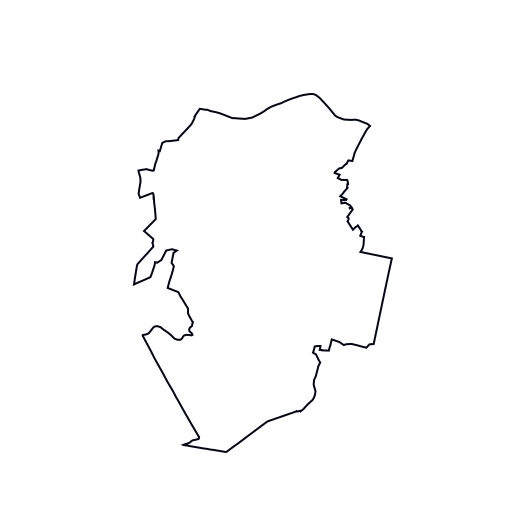 the district of Ogresgala pag., Ogre, Latvia, rotated 145°
{"feature_id": "27541924B67173140256681", "entity_name": "Ogresgala pag.", "entity_type": "district", "adm_level": 2, "iso_a3": "LVA", "parent_name": "Latvia", "parent_adm1": "Ogre", "projection": "orthographic", "projection_center": [24.724, 56.804], "detail": "fine", "context": "isolated", "style": "outline", "palette": "ink", "viewbox_px": 512, "rotation_deg": 145, "n_neighbors": 0, "source": "geoboundaries", "source_scale": "gbopen_adm2", "svg_char_len": 5808}
<svg xmlns="http://www.w3.org/2000/svg" viewBox="0 0 512 512"><g transform="rotate(145 256 256)"><path d="M311.7,105.1L310.6,104.6L309.7,104.3L308.9,104.0L308.9,103.9L308.8,103.2L307.9,103.3L305.4,103.3L303.3,103.8L301.9,104.1L300.0,104.5L298.7,104.8L297.1,105.0L294.9,105.3L293.2,105.5L292.0,105.7L290.9,106.2L289.9,106.7L288.8,107.4L287.9,108.0L287.4,108.4L286.4,109.4L285.7,110.2L284.9,111.0L284.6,111.6L284.2,112.9L282.6,117.4L282.3,117.9L281.2,119.2L280.3,120.3L279.6,121.1L275.9,123.3L274.5,124.5L272.1,126.5L270.9,127.6L269.5,128.7L268.8,129.4L268.1,130.0L264.5,131.9L264.5,133.4L264.2,135.4L263.3,140.9L263.8,142.0L264.8,144.1L264.5,144.3L262.8,145.6L260.6,147.5L259.7,148.2L257.2,146.9L254.8,145.3L257.6,142.5L256.0,141.3L256.1,140.9L250.6,136.7L247.5,139.4L247.2,139.5L246.6,140.0L241.8,144.2L237.1,137.8L236.5,136.4L235.4,133.2L235.2,132.7L232.6,131.9L228.3,129.3L223.7,124.1L222.2,122.2L218.2,117.6L213.9,118.5L212.7,118.0L211.8,117.5L211.7,117.3L210.1,116.4L181.4,143.3L156.8,166.3L156.1,166.9L146.1,176.1L168.1,199.4L166.5,200.0L165.3,200.6L164.2,201.2L163.6,201.7L163.1,202.1L162.8,202.3L162.1,202.9L161.5,203.5L160.5,204.7L156.6,209.6L156.9,209.8L158.9,212.6L159.0,212.8L157.1,214.0L155.1,215.2L155.5,215.9L155.2,217.8L155.0,222.6L156.5,222.3L157.4,222.6L161.5,221.9L161.5,222.0L161.2,229.9L161.1,231.1L161.2,231.7L161.2,231.8L160.3,232.1L159.1,233.1L158.4,233.8L158.9,235.6L156.2,236.5L155.7,236.7L154.2,237.3L153.1,237.6L150.0,238.7L150.2,240.8L151.8,241.2L151.7,241.6L149.8,241.2L150.0,243.7L151.5,246.7L152.2,248.2L152.5,248.4L155.8,250.1L154.3,253.0L154.1,253.2L151.5,251.0L151.0,251.8L149.9,250.2L149.3,250.5L152.7,256.6L151.1,256.9L149.2,257.3L148.6,257.5L147.0,258.1L141.9,259.3L142.0,260.1L140.0,262.4L139.4,262.0L139.0,262.7L138.7,263.2L138.5,263.8L138.0,264.9L137.8,265.4L137.7,266.0L141.4,268.6L141.6,268.8L142.3,269.3L142.5,269.4L143.8,272.0L144.3,272.9L140.9,274.6L144.0,278.9L143.4,279.4L143.3,279.5L143.1,279.5L137.9,280.0L137.4,280.0L137.1,279.8L135.5,279.0L135.2,278.9L133.8,279.1L132.1,279.4L130.3,279.7L130.2,279.7L129.9,279.7L129.7,279.7L129.3,279.6L129.1,279.5L128.6,279.7L128.6,279.8L128.4,279.8L128.2,279.9L128.0,280.0L127.5,280.3L127.1,280.6L126.8,280.7L126.7,280.8L126.4,280.9L125.5,281.3L124.5,280.3L124.4,280.3L123.1,279.0L122.6,278.5L117.4,282.7L116.8,283.4L114.7,284.7L113.7,285.3L102.6,291.2L98.0,293.4L97.1,293.9L96.8,294.1L92.1,296.2L88.0,297.1L88.9,300.2L90.3,302.4L92.2,305.2L94.0,308.1L96.3,310.6L100.3,313.1L105.6,317.3L107.6,320.1L109.5,322.9L110.6,325.5L110.9,329.3L111.3,334.9L112.3,342.9L113.2,349.1L114.7,353.8L116.6,356.2L119.4,358.0L125.1,360.8L125.3,360.8L128.8,362.2L132.0,363.0L134.3,363.8L139.2,365.1L143.1,366.0L148.0,366.8L151.8,368.0L157.6,369.5L162.4,370.0L166.6,369.9L171.4,370.3L179.8,371.6L186.6,374.7L188.2,376.1L190.4,377.8L193.6,380.5L196.3,382.5L201.2,389.9L203.7,393.6L206.5,397.0L210.0,400.7L212.1,403.8L213.6,404.9L217.6,408.8L224.7,406.2L225.3,405.9L225.4,405.7L226.4,405.4L226.3,405.0L228.7,403.4L232.8,401.2L235.9,400.4L237.8,400.0L239.3,399.7L250.8,397.3L251.8,397.1L253.3,395.6L261.1,399.8L264.2,401.8L267.9,402.4L272.8,398.5L274.6,397.1L275.4,398.3L276.6,396.4L277.6,395.3L283.8,390.5L284.5,390.1L285.5,389.3L286.7,388.3L289.6,385.7L289.6,385.8L291.2,384.8L292.0,385.3L294.6,388.3L294.7,388.5L294.8,388.6L295.9,390.0L296.8,390.4L299.1,391.5L299.5,391.7L299.5,391.8L303.1,393.3L303.1,393.1L303.7,392.4L303.9,392.1L304.8,389.4L305.4,387.7L305.7,386.8L307.9,383.2L312.1,378.9L316.3,374.6L317.6,370.3L315.6,369.7L308.0,367.8L306.9,367.5L305.8,367.3L304.6,366.8L304.5,366.7L304.4,366.6L304.4,366.3L305.3,364.1L305.8,363.4L306.5,362.4L306.2,362.4L309.1,357.6L311.8,352.5L313.5,349.6L314.2,348.3L317.0,343.7L333.4,340.7L330.4,328.8L332.2,326.7L333.3,326.3L333.5,325.7L333.8,324.7L334.7,322.6L337.4,322.0L343.4,320.5L347.0,319.8L358.0,317.2L360.0,315.4L367.6,307.6L372.2,302.7L367.0,301.7L361.7,300.6L354.9,299.3L354.7,299.2L353.7,299.9L351.8,301.1L350.3,302.2L348.8,303.3L347.7,304.1L344.5,306.5L342.2,308.9L340.9,307.2L335.9,307.0L330.6,309.7L326.4,312.0L320.9,309.7L317.8,305.9L321.7,305.9L329.1,298.8L329.1,294.8L332.0,292.2L337.5,287.8L340.6,285.6L346.7,280.5L343.9,276.3L340.3,270.9L340.6,269.1L340.8,268.1L341.1,265.5L341.1,263.8L341.2,262.2L341.7,254.4L341.8,251.9L344.6,248.0L344.7,247.4L345.1,245.2L345.5,241.3L345.8,238.3L345.6,238.0L346.3,237.6L346.4,237.4L346.9,237.0L347.5,236.5L348.7,235.4L350.0,235.3L350.4,235.2L350.8,235.2L351.6,235.1L352.0,234.8L352.9,234.1L353.4,233.3L353.7,232.3L353.5,231.5L353.1,230.6L353.0,229.9L353.1,228.4L353.3,227.8L354.0,227.9L354.5,228.1L354.9,228.4L355.6,229.3L356.8,230.2L358.0,231.2L359.9,232.0L361.0,232.1L362.2,231.7L364.0,230.9L365.4,230.7L366.4,231.0L368.3,232.4L369.8,234.4L370.3,235.6L370.9,239.4L371.2,240.7L372.4,244.7L372.8,245.4L373.1,246.7L373.5,247.6L373.9,248.4L374.1,249.3L374.4,250.1L374.9,252.2L375.3,252.9L375.9,253.6L376.7,254.7L376.9,254.9L377.4,255.3L378.2,255.8L378.7,256.0L379.8,256.4L381.1,256.3L382.7,255.9L384.1,255.4L385.2,255.1L387.4,254.4L388.4,254.3L389.7,254.4L391.8,255.1L393.3,255.9L394.1,256.2L394.5,255.8L395.0,251.8L396.0,243.6L396.5,239.2L396.6,238.4L396.9,236.5L397.9,229.6L399.4,214.5L400.7,203.7L401.6,192.3L402.3,187.3L402.5,185.5L402.6,183.7L404.2,168.2L405.2,156.8L406.5,140.7L406.4,140.4L407.6,139.2L408.0,139.1L409.7,139.7L411.2,140.3L413.5,141.3L413.8,141.4L416.5,141.3L417.4,141.1L417.8,141.3L419.0,141.5L419.7,141.7L420.9,142.1L422.5,142.6L424.0,143.0L423.9,142.8L423.8,142.7L420.3,139.4L419.8,138.8L409.7,128.8L407.4,126.7L403.4,122.7L403.1,122.4L402.2,121.7L393.9,113.5L393.3,112.9L392.7,112.5L392.3,112.5L382.0,112.8L379.5,112.7L366.1,113.2L346.6,113.8L341.7,113.9L341.4,113.9L341.1,113.8L338.9,113.2L321.7,108.3L314.5,106.2L312.5,105.7L312.0,105.7L311.8,105.7L311.7,105.1Z" fill="none" stroke="#020617" stroke-width="2"/></g></svg>